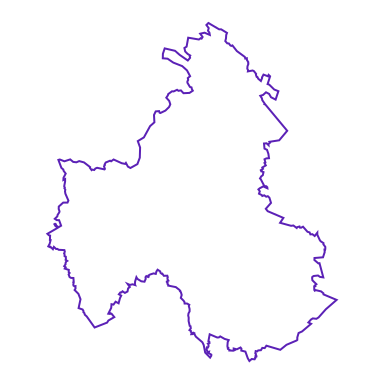 Moate Lea-4, Westmeath, Ireland
{"feature_id": "5873133B47178775343132", "entity_name": "Moate Lea-4", "entity_type": "district", "adm_level": 2, "iso_a3": "IRL", "parent_name": "Ireland", "parent_adm1": "Westmeath", "projection": "mercator", "projection_center": [-7.571, 53.503], "detail": "fine", "context": "isolated", "style": "outline", "palette": "violet", "viewbox_px": 384, "rotation_deg": 0, "n_neighbors": 0, "source": "geoboundaries", "source_scale": "gbopen_adm2", "svg_char_len": 5912}
<svg xmlns="http://www.w3.org/2000/svg" viewBox="0 0 384 384"><path d="M249.4,361.0L251.7,359.0L254.6,359.3L255.3,358.2L255.1,357.3L256.4,356.7L256.5,356.1L255.6,355.4L256.0,354.1L255.3,353.3L255.7,351.1L257.2,351.4L258.2,350.4L260.9,350.2L262.3,347.9L264.7,348.1L266.4,345.7L280.3,349.8L286.5,344.8L296.6,340.5L297.3,339.9L297.3,337.4L298.6,333.0L302.0,331.5L311.1,323.8L308.4,322.5L310.9,319.6L312.8,318.4L316.4,318.8L318.6,317.4L325.9,309.2L336.6,299.9L323.5,294.4L323.4,293.3L321.1,291.4L315.6,290.1L314.8,290.7L314.3,290.0L314.2,286.5L315.2,286.2L314.8,285.5L316.4,284.2L312.4,280.3L312.1,277.9L312.4,276.8L313.7,276.0L318.0,275.5L320.0,276.9L323.3,277.4L319.5,263.2L318.4,263.4L314.4,260.0L314.5,258.0L323.0,257.3L324.7,252.1L324.5,249.7L325.1,249.8L325.3,248.9L325.3,246.9L323.4,244.3L323.5,243.1L320.7,241.3L319.8,240.1L317.3,234.7L317.3,232.7L314.7,236.0L312.4,234.2L310.4,234.4L309.6,232.4L307.5,231.8L303.0,226.7L301.1,227.7L299.9,227.6L299.5,226.5L297.1,227.2L296.7,228.0L293.4,225.5L291.1,225.8L280.1,222.8L283.4,217.9L267.7,211.2L265.8,208.8L271.0,202.9L269.4,197.7L267.8,196.2L266.2,196.7L264.2,195.3L262.3,196.0L261.8,195.1L259.0,193.7L259.8,191.3L258.4,189.4L259.7,188.3L263.2,186.4L267.4,188.3L267.3,187.3L266.4,186.3L264.3,186.0L260.7,179.1L260.0,178.5L261.2,176.4L262.8,175.2L263.5,172.1L262.1,171.6L261.8,170.8L261.2,171.1L260.8,170.2L263.0,168.8L262.3,167.5L265.8,165.4L264.5,163.0L265.4,162.5L264.5,159.3L266.3,158.4L269.0,158.2L268.4,153.9L267.0,149.8L264.5,148.6L264.0,143.5L266.6,143.3L268.5,145.1L268.4,144.0L270.0,142.7L269.5,141.8L279.2,140.3L287.2,130.8L265.5,104.7L264.5,104.2L264.8,103.8L262.3,100.2L261.9,98.3L260.3,95.8L263.0,95.0L266.0,92.3L269.1,93.9L271.0,97.2L275.6,99.6L278.4,91.2L274.2,89.5L269.3,84.7L267.6,84.1L270.1,76.3L268.6,74.9L268.0,76.3L263.5,74.6L262.0,77.4L262.1,78.0L260.9,81.0L258.2,78.7L257.4,77.0L256.7,76.9L255.9,74.7L256.1,73.9L253.9,71.1L252.6,70.5L247.9,71.4L248.1,70.2L247.3,68.7L247.5,66.2L248.4,63.9L248.1,63.0L248.3,62.2L247.0,60.1L246.8,58.2L245.3,58.6L244.8,56.9L236.9,51.1L232.4,45.4L231.3,45.9L230.3,45.4L228.9,43.5L227.2,43.3L225.3,41.1L226.0,38.3L226.2,35.0L227.0,32.9L221.1,29.3L219.1,29.3L208.4,23.0L206.4,25.0L208.7,28.1L208.0,30.7L209.4,32.6L209.8,34.9L204.5,32.7L200.2,33.7L202.6,37.0L201.6,38.6L200.7,38.2L198.9,39.5L188.2,37.7L186.6,46.6L184.4,48.0L185.2,51.5L187.6,53.9L190.2,55.5L189.7,56.2L190.1,57.8L187.8,60.5L179.7,54.9L175.0,50.8L164.7,48.4L162.9,53.8L162.8,58.3L167.6,58.7L173.3,62.6L182.2,66.1L187.0,70.4L190.1,76.2L187.8,78.1L188.2,79.9L187.4,81.4L187.4,82.7L189.9,86.9L191.5,87.4L191.9,89.2L192.8,90.7L189.5,92.9L183.5,93.2L180.9,90.4L178.4,90.8L177.1,89.8L173.7,91.4L172.0,91.3L168.2,94.1L167.9,95.3L166.3,97.7L169.2,100.9L170.3,104.3L169.1,107.0L165.4,110.6L160.4,113.0L159.6,112.7L159.1,111.1L155.7,111.4L154.0,115.0L154.4,122.3L150.1,126.1L143.9,137.4L137.8,141.1L140.1,147.5L139.8,157.7L137.4,164.1L130.4,168.0L127.9,166.6L125.9,162.9L125.1,163.9L121.7,163.2L113.6,159.5L111.1,161.3L110.1,160.7L105.7,162.5L104.6,164.5L104.9,165.0L104.0,166.3L104.9,168.9L104.5,169.4L97.1,167.8L95.4,168.5L94.2,170.0L92.2,169.6L91.6,170.1L89.9,167.8L90.1,167.1L84.0,162.4L79.2,161.1L76.4,162.3L73.2,161.9L70.2,159.4L64.4,161.3L59.8,159.5L58.4,159.9L61.4,167.9L63.3,169.5L63.6,170.8L65.7,173.6L63.5,177.8L63.4,180.0L65.1,179.1L65.1,181.5L64.2,186.3L64.8,187.5L64.4,188.2L65.3,189.6L65.0,191.4L65.4,193.7L68.4,200.6L67.5,202.6L63.2,202.6L58.8,206.5L58.7,209.0L59.5,211.3L59.3,212.3L57.6,214.9L57.3,216.4L54.8,218.8L56.7,220.1L59.1,220.2L61.1,225.7L57.4,227.9L57.3,226.3L56.3,225.7L55.8,224.2L55.1,223.8L54.4,224.2L55.5,226.1L56.4,226.5L57.2,228.1L47.4,233.8L48.8,235.2L50.1,235.6L49.9,240.0L50.6,240.1L49.7,243.7L48.3,246.4L50.3,247.3L50.6,246.9L52.9,249.2L53.9,246.9L56.1,249.0L57.4,248.9L58.7,249.8L64.4,250.1L64.8,251.7L64.1,253.5L64.5,253.9L64.6,256.2L65.8,256.7L65.9,258.9L65.6,259.8L67.2,260.9L66.2,261.5L65.5,263.1L65.6,264.2L64.2,266.2L65.7,267.3L64.8,268.6L68.8,269.9L68.7,272.2L69.6,273.0L68.6,274.4L69.6,277.1L71.0,277.9L73.4,278.0L73.7,281.5L73.3,282.1L73.7,282.4L73.3,284.6L73.5,285.6L74.5,286.3L75.5,286.1L75.5,288.6L74.6,290.0L78.4,293.8L80.5,299.2L78.6,308.1L82.6,309.5L83.5,311.1L83.4,312.2L84.4,313.1L84.8,314.7L86.7,316.4L94.6,327.5L107.1,322.6L108.4,320.5L114.3,317.1L111.6,313.8L110.2,313.1L109.8,313.2L109.7,313.9L108.3,313.7L111.2,307.9L111.5,304.2L113.5,304.6L115.6,301.7L118.6,303.3L120.0,298.1L121.2,295.6L118.9,294.3L120.4,292.4L121.5,292.4L122.5,291.3L124.9,292.9L127.5,291.5L128.1,288.4L129.8,287.0L127.6,283.9L129.9,284.9L132.6,284.3L135.2,285.1L134.9,284.4L135.1,281.5L136.4,277.2L137.4,278.9L141.3,281.3L144.5,281.7L145.7,278.9L145.5,277.2L146.3,276.1L148.2,277.1L148.6,276.8L148.0,276.1L148.4,275.5L150.1,274.5L153.6,273.4L155.8,273.9L156.4,271.5L157.6,269.7L160.2,271.4L160.5,272.8L161.7,273.8L162.3,273.6L163.8,275.8L167.3,275.7L167.8,277.2L167.4,277.9L167.6,279.4L168.4,280.7L166.8,281.5L166.8,282.0L167.6,282.7L167.4,283.8L168.3,284.8L168.2,285.6L175.8,287.1L179.3,289.8L180.2,290.8L180.0,291.2L180.9,292.2L181.7,295.0L180.8,297.9L183.5,300.6L184.4,301.9L184.6,303.5L187.0,303.5L189.3,304.8L188.8,306.0L189.6,309.0L189.6,311.4L188.5,313.4L188.2,315.5L188.7,317.7L188.6,321.0L189.7,325.9L190.5,326.2L190.8,328.3L189.5,330.1L190.8,330.8L190.8,331.8L191.8,332.6L191.3,334.2L192.7,334.1L193.6,332.8L194.4,333.2L194.3,333.8L195.8,336.6L202.4,342.3L203.7,345.0L205.2,352.6L210.1,357.6L211.3,355.7L211.3,354.6L208.6,353.1L209.0,351.7L207.5,352.1L206.6,349.2L206.9,347.4L207.8,347.6L208.5,346.5L208.5,344.5L207.9,343.6L209.5,343.0L209.3,341.7L208.4,341.2L209.7,334.3L217.2,337.5L218.9,337.4L220.2,336.4L224.6,338.9L228.7,340.1L227.7,342.1L227.4,346.1L227.6,347.2L228.2,347.7L227.8,348.2L227.9,348.9L229.5,349.8L229.4,350.5L233.3,350.7L234.3,350.3L233.7,349.8L233.7,348.5L236.8,349.3L240.5,347.5L241.4,348.6L241.3,350.6L245.4,351.6L247.8,358.3L249.4,361.0Z" fill="none" stroke="#5b21b6" stroke-width="2"/></svg>